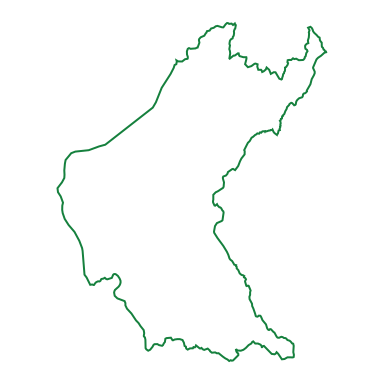 the district of Phoukhoune, Louangphrabang, Laos
{"feature_id": "54806243B44028844681141", "entity_name": "Phoukhoune", "entity_type": "district", "adm_level": 2, "iso_a3": "LAO", "parent_name": "Laos", "parent_adm1": "Louangphrabang", "projection": "equal_earth", "projection_center": [102.694, 19.508], "detail": "fine", "context": "isolated", "style": "outline", "palette": "green", "viewbox_px": 384, "rotation_deg": 0, "n_neighbors": 0, "source": "geoboundaries", "source_scale": "gbopen_adm2", "svg_char_len": 5920}
<svg xmlns="http://www.w3.org/2000/svg" viewBox="0 0 384 384"><path d="M148.2,350.7L150.2,349.7L152.6,346.7L153.4,345.1L154.4,344.2L157.4,344.1L159.0,345.1L162.1,345.8L163.0,345.1L163.8,343.4L164.9,342.0L165.4,338.7L166.6,338.1L170.9,337.7L172.5,340.2L173.0,340.3L174.7,339.5L177.5,339.1L179.7,339.1L182.5,340.0L183.9,342.7L184.6,346.0L185.7,346.5L186.0,346.9L186.0,347.9L186.4,348.7L187.7,349.6L189.9,348.4L192.9,348.3L193.5,347.1L194.8,347.4L195.5,346.7L196.0,345.4L199.7,348.4L200.3,348.5L201.5,347.9L202.6,349.2L204.2,349.9L207.7,348.6L209.8,350.5L210.1,351.3L211.9,352.7L215.2,352.4L216.9,353.3L218.6,353.2L222.8,356.6L225.3,358.4L227.5,359.5L229.2,361.0L230.8,360.2L231.8,360.7L233.1,360.4L238.3,355.2L238.3,353.9L237.8,353.1L236.9,352.4L236.3,351.2L236.0,349.8L236.6,349.6L237.5,350.5L240.8,350.7L243.4,349.8L245.9,347.9L248.6,345.1L251.3,343.5L252.2,342.0L253.2,341.4L255.2,343.5L257.9,343.5L260.6,344.7L261.6,346.1L261.8,347.1L262.2,347.1L263.0,346.1L263.9,345.9L271.7,353.9L274.6,354.3L275.6,353.7L276.6,352.2L278.2,353.8L281.9,359.3L284.5,359.0L287.5,357.3L292.9,357.4L293.7,357.0L293.9,354.8L293.3,352.2L293.7,345.8L293.2,343.7L292.1,343.4L290.8,341.7L289.6,340.7L287.4,340.0L286.3,338.6L285.4,338.1L284.0,338.0L282.6,337.1L281.3,336.8L279.0,337.8L277.5,337.6L276.6,336.6L274.4,332.5L273.6,332.1L271.0,329.3L270.1,329.1L269.1,330.0L268.5,329.9L267.8,329.3L267.1,328.1L266.0,324.4L262.5,320.2L261.2,317.1L260.4,315.8L258.9,315.6L258.0,316.4L257.3,316.7L256.0,316.3L255.7,315.9L255.2,313.9L253.3,308.4L252.2,306.1L252.0,303.7L249.6,299.2L249.4,296.8L250.1,294.9L250.1,292.2L250.6,290.5L248.7,285.9L248.0,285.6L246.8,286.1L246.3,285.8L245.1,281.7L245.1,281.1L246.0,279.3L245.2,278.0L243.9,277.3L243.9,276.4L244.2,276.0L243.2,275.3L241.5,274.9L239.7,273.4L238.3,270.1L236.7,268.4L236.7,266.9L236.0,266.2L236.2,265.2L234.3,264.7L232.2,261.1L230.3,259.6L229.5,258.5L228.3,254.8L226.9,251.8L223.3,245.9L217.4,237.9L214.2,232.8L214.0,231.6L215.0,226.1L216.9,223.1L221.7,221.0L222.5,220.2L223.6,212.6L223.3,211.3L222.4,210.5L221.2,208.2L220.3,207.4L219.4,207.3L217.5,205.3L217.0,204.2L215.2,205.7L214.5,205.5L213.1,202.5L213.0,201.2L213.3,199.7L213.3,194.8L215.7,192.3L217.8,191.3L223.1,187.8L223.6,186.8L224.0,182.4L222.9,178.5L222.9,177.3L223.3,176.5L226.0,175.5L227.5,173.7L227.9,172.1L232.2,169.1L233.0,168.9L235.1,170.1L238.2,166.0L240.0,161.3L241.4,158.5L244.6,154.4L244.7,151.1L244.2,150.1L247.9,142.8L249.7,141.1L251.6,137.7L253.1,136.8L255.2,134.9L256.3,134.4L257.3,133.4L259.1,133.7L260.1,132.3L261.2,132.7L262.4,131.4L264.6,131.2L265.0,131.8L265.5,131.1L266.5,131.4L269.0,130.5L270.0,130.5L270.6,130.0L272.0,130.1L272.5,129.5L273.5,131.8L274.4,133.0L276.9,134.9L277.0,134.4L277.9,133.6L278.6,130.5L279.9,130.1L279.6,128.8L280.2,127.4L280.0,126.3L280.6,125.8L280.3,124.2L280.7,123.3L280.4,121.5L279.9,120.8L280.7,120.1L280.9,118.9L281.7,118.7L282.0,118.3L282.1,116.4L283.0,115.9L282.9,115.4L284.3,114.0L285.3,111.2L286.7,108.8L287.0,107.2L289.1,105.0L289.5,104.0L291.2,102.8L292.2,103.1L294.2,105.3L295.3,104.9L295.7,104.4L296.3,101.4L297.4,99.8L299.2,98.2L302.1,97.3L302.7,96.5L303.1,94.3L304.2,93.3L304.9,93.3L305.8,92.7L307.0,91.4L306.8,90.5L310.4,84.3L311.7,79.2L313.9,75.2L314.7,73.2L314.7,71.6L313.1,68.1L313.1,67.4L316.5,59.4L318.0,57.8L321.1,55.7L325.1,52.1L325.8,52.1L326.5,53.0L325.9,51.5L325.4,51.5L324.2,49.8L323.6,49.6L322.9,47.7L322.1,47.1L321.8,46.2L321.7,42.6L320.6,41.4L319.9,40.1L319.6,37.6L318.1,36.8L316.7,35.1L314.2,32.8L313.1,31.3L312.6,29.5L311.7,27.9L310.4,26.8L308.1,27.7L309.5,30.2L308.8,32.5L309.1,33.5L308.8,37.5L307.9,40.5L308.3,43.2L306.9,43.7L306.2,44.3L305.2,45.5L305.1,46.9L305.4,48.7L307.0,49.9L307.5,51.2L306.3,53.1L305.6,56.3L304.8,57.1L304.6,58.4L303.4,59.8L302.7,60.0L298.9,60.2L296.2,58.7L294.2,59.1L293.0,58.3L291.2,60.0L289.1,59.9L287.7,60.2L287.4,62.2L288.1,63.1L287.6,64.8L286.2,66.9L285.0,67.6L285.1,69.0L284.9,71.0L284.2,72.0L284.0,73.3L283.2,74.1L282.7,76.6L282.3,77.3L282.0,79.0L281.4,79.5L279.3,78.7L275.5,72.3L273.8,72.2L270.8,73.9L269.2,69.8L266.6,67.5L265.8,69.5L263.7,71.3L262.2,72.0L261.8,70.8L261.1,69.8L258.3,69.8L257.3,66.7L257.6,64.3L255.6,63.6L254.5,63.8L251.4,66.1L247.9,67.2L245.1,64.2L246.3,59.5L246.5,58.1L246.3,57.2L243.4,57.2L239.6,56.1L238.9,54.8L238.7,53.4L238.0,53.3L234.7,55.6L233.5,55.6L229.7,58.7L229.4,58.4L230.2,53.3L229.9,50.9L229.3,49.1L230.0,45.3L229.5,44.2L229.5,43.3L229.9,40.9L230.8,39.4L232.6,38.4L232.9,36.8L233.7,35.7L234.1,33.1L233.9,31.3L234.6,29.2L235.2,28.6L235.8,25.3L235.7,25.0L235.3,25.1L234.8,23.5L233.0,25.0L231.6,23.6L229.1,23.9L228.5,23.3L227.1,23.0L225.7,24.2L223.4,27.3L222.0,27.3L217.5,25.9L215.7,26.3L213.7,27.8L211.1,28.5L209.6,30.6L206.9,31.2L206.5,32.6L205.8,33.2L204.3,35.7L200.7,37.3L199.2,39.0L198.9,40.0L199.4,42.7L197.6,47.6L196.7,47.7L195.6,48.4L190.6,48.8L189.0,48.1L187.8,48.8L186.9,51.3L187.0,54.5L187.8,56.8L187.8,58.1L187.5,58.8L185.1,59.2L182.1,61.5L178.2,61.4L176.5,60.4L176.8,61.5L176.3,64.2L174.6,65.0L173.7,67.9L170.5,74.1L161.7,87.8L155.9,102.3L152.8,107.6L105.3,144.7L99.1,146.4L88.7,150.2L75.3,151.6L71.2,153.2L65.6,160.0L64.9,163.7L64.3,170.4L64.5,174.7L64.3,178.0L62.0,182.3L57.5,188.2L58.0,192.2L60.7,196.4L63.0,202.7L62.3,205.6L62.2,209.9L62.7,213.1L64.7,218.9L68.6,225.0L74.5,231.9L79.3,240.8L82.1,248.1L82.6,250.9L84.5,274.7L86.6,277.5L90.2,284.8L92.2,284.5L93.6,285.0L94.1,284.9L95.0,283.4L96.3,282.1L98.1,281.3L99.3,281.5L100.0,281.2L100.6,280.6L101.1,279.3L101.5,279.0L103.4,278.6L104.8,277.8L106.3,279.1L107.4,279.3L111.8,277.9L113.2,274.7L113.8,274.2L114.8,274.0L115.7,274.2L117.9,275.9L119.6,278.5L120.5,280.7L120.6,282.2L120.3,283.7L119.6,285.3L118.6,286.7L115.0,289.9L114.4,291.2L114.1,292.6L114.7,295.8L117.4,298.4L124.6,301.1L125.4,303.1L125.4,305.4L127.0,308.7L131.5,313.6L136.0,320.4L138.6,323.1L140.5,326.1L143.7,330.1L144.2,333.1L143.8,335.9L143.9,336.4L144.9,337.4L145.4,339.6L145.6,348.2L146.4,349.4L148.2,350.7Z" fill="none" stroke="#15803d" stroke-width="2"/></svg>